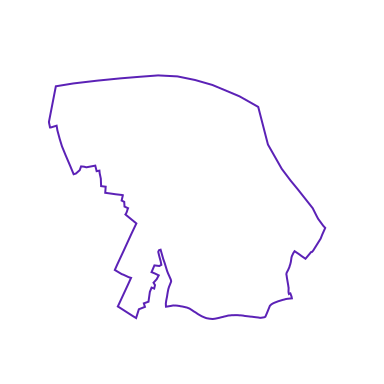 Tay Ho, Ha Noi, Vietnam, rotated 343°
{"feature_id": "81297802B85279913761146", "entity_name": "Tay Ho", "entity_type": "district", "adm_level": 2, "iso_a3": "VNM", "parent_name": "Vietnam", "parent_adm1": "Ha Noi", "projection": "natural_earth1", "projection_center": [105.817, 21.069], "detail": "fine", "context": "isolated", "style": "outline", "palette": "violet", "viewbox_px": 384, "rotation_deg": 343, "n_neighbors": 0, "source": "geoboundaries", "source_scale": "gbopen_adm2", "svg_char_len": 3469}
<svg xmlns="http://www.w3.org/2000/svg" viewBox="0 0 384 384"><g transform="rotate(343 192 192)"><path d="M308.9,265.3L307.6,262.6L304.8,254.6L304.2,251.6L302.7,242.8L293.8,220.0L289.7,210.1L284.6,196.1L278.5,168.8L280.2,130.0L265.4,114.4L242.8,95.6L227.7,85.8L223.1,83.3L211.9,77.2L202.8,73.9L193.7,70.6L175.1,66.4L156.8,62.4L133.9,57.8L110.3,53.5L92.7,51.1L75.7,83.1L75.5,84.2L75.2,87.8L75.1,88.2L75.1,88.8L75.9,89.0L81.9,89.0L81.6,91.5L81.3,93.6L81.0,102.5L81.0,110.2L81.9,120.0L83.2,132.0L84.0,140.4L86.4,140.4L91.0,138.3L93.4,135.1L96.1,136.2L98.2,137.5L107.2,138.5L106.9,144.2L109.7,144.5L109.2,147.0L108.7,152.6L106.8,159.8L111.0,161.7L108.8,167.4L115.7,170.6L118.2,171.8L124.2,174.4L124.9,174.8L124.7,175.3L122.2,179.6L124.3,181.6L123.2,186.2L126.1,188.8L125.2,189.9L124.5,191.0L123.3,192.6L122.1,193.8L121.8,194.0L122.2,194.7L129.6,205.8L122.0,214.1L109.3,228.4L99.3,239.5L95.4,244.0L100.8,250.0L102.3,251.1L106.5,254.9L108.6,256.3L104.1,261.4L87.6,279.8L88.7,281.0L99.1,293.3L101.7,296.2L106.9,288.6L113.4,288.1L113.4,284.4L118.3,284.2L122.5,275.2L125.4,271.6L127.6,273.3L129.4,270.2L128.7,267.5L132.7,265.1L135.8,262.0L132.7,259.1L129.9,256.8L134.6,251.2L139.1,253.2L141.4,252.7L141.8,248.9L141.9,244.7L142.0,242.6L142.2,239.5L142.4,239.1L143.0,238.5L143.5,238.0L145.1,238.0L144.9,247.8L145.0,249.8L145.1,252.5L145.1,253.4L145.1,258.1L145.1,260.2L145.3,262.9L145.7,265.9L145.8,266.9L146.0,268.5L146.1,269.2L146.1,269.8L146.0,271.1L145.9,271.4L145.5,272.0L143.9,274.0L143.2,274.9L142.5,275.7L141.0,277.9L139.6,280.5L138.5,282.7L137.5,284.8L137.0,285.7L135.6,288.3L135.0,289.6L134.4,290.9L133.7,293.5L133.6,294.1L135.7,294.4L138.0,294.7L138.6,294.8L139.0,294.8L139.7,294.9L140.1,294.9L140.5,295.0L141.1,295.1L144.3,296.2L145.7,296.9L146.2,297.1L146.5,297.2L147.8,298.0L148.3,298.2L148.7,298.4L149.3,298.7L149.9,299.0L150.5,299.4L150.9,299.6L151.5,299.9L151.9,300.2L152.4,300.5L153.2,300.9L154.1,301.6L155.1,302.4L155.6,302.8L157.7,305.3L158.4,306.2L158.6,306.5L160.1,308.1L161.0,309.2L161.1,309.4L161.3,309.6L162.0,310.5L163.3,311.9L165.0,313.7L166.3,314.8L167.5,315.8L168.4,316.5L169.0,316.9L169.7,317.3L170.4,317.6L171.1,318.0L171.3,318.1L172.0,318.4L172.7,318.7L173.0,318.8L174.6,319.5L175.9,319.7L177.0,319.9L180.1,320.2L180.6,320.2L181.3,320.3L182.3,320.3L184.0,320.4L185.1,320.5L186.2,320.5L187.3,320.6L188.7,320.7L189.1,320.7L189.7,320.7L190.8,320.8L191.4,320.9L191.7,321.0L192.5,321.2L193.8,321.4L196.6,322.2L198.1,322.6L199.3,323.0L200.6,323.5L201.0,323.7L202.5,324.2L203.5,324.6L204.1,324.9L204.7,325.1L205.9,325.8L206.1,325.9L210.7,327.9L211.8,328.4L212.9,328.8L214.6,329.6L216.6,330.5L218.5,331.3L218.9,331.5L219.6,331.9L220.8,332.4L224.2,332.9L224.9,332.9L225.7,332.7L228.1,329.9L232.5,324.5L233.2,323.6L235.2,322.6L236.2,322.4L236.9,322.2L238.4,322.0L241.1,321.8L242.4,321.7L246.0,321.7L247.4,321.7L248.7,321.8L250.3,321.8L251.9,322.0L256.4,322.9L256.6,321.1L256.4,317.7L255.2,317.7L254.9,317.8L254.9,316.9L255.0,316.3L255.1,315.7L255.8,313.6L256.1,312.7L256.4,311.8L256.4,311.3L256.7,309.5L257.7,301.7L258.0,299.9L258.2,298.2L258.5,297.6L258.8,297.1L259.1,296.7L261.1,294.7L262.2,293.4L263.0,292.5L263.5,291.8L263.9,291.1L264.8,289.9L266.1,287.7L268.0,283.7L268.8,282.5L271.1,280.0L272.2,279.1L272.8,278.6L275.9,282.4L276.9,283.7L277.9,285.1L279.4,287.0L280.3,288.1L281.0,289.0L281.5,288.7L286.9,285.2L287.6,284.7L288.2,284.3L289.2,284.4L290.7,283.5L301.4,274.2L304.1,270.8L308.9,265.3Z" fill="none" stroke="#5b21b6" stroke-width="2"/></g></svg>